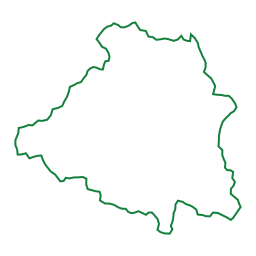 outline of Recreio, Minas Gerais, Brazil
{"feature_id": "56859067B1728597863247", "entity_name": "Recreio", "entity_type": "district", "adm_level": 2, "iso_a3": "BRA", "parent_name": "Brazil", "parent_adm1": "Minas Gerais", "projection": "natural_earth1", "projection_center": [-42.438, -21.518], "detail": "fine", "context": "isolated", "style": "outline", "palette": "green", "viewbox_px": 256, "rotation_deg": 0, "n_neighbors": 0, "source": "geoboundaries", "source_scale": "gbopen_adm2", "svg_char_len": 2299}
<svg xmlns="http://www.w3.org/2000/svg" viewBox="0 0 256 256"><path d="M124.3,27.4L120.8,27.2L118.1,25.0L113.8,23.3L111.0,25.7L107.3,26.6L104.3,28.8L101.6,32.0L99.0,35.3L96.6,39.1L99.5,42.8L102.0,46.8L106.0,48.7L108.5,52.9L109.5,56.9L108.6,60.8L105.5,61.2L104.0,64.4L102.9,69.5L99.8,69.3L96.5,67.6L93.5,67.0L90.2,68.5L87.5,71.1L86.5,74.7L83.9,78.0L80.8,82.2L77.4,83.1L74.1,85.0L69.9,86.9L68.7,92.1L67.0,96.8L64.3,101.4L62.3,105.9L58.1,107.9L52.7,109.2L50.8,115.3L47.2,119.7L42.3,120.9L38.4,120.5L35.2,123.0L32.5,125.4L28.5,125.0L23.7,126.9L18.7,128.0L18.3,133.1L16.8,136.7L15.4,140.1L15.4,145.0L17.2,149.8L17.6,154.5L21.2,154.5L25.9,153.3L29.4,158.3L33.0,157.1L37.5,155.8L41.3,155.5L42.8,159.7L45.2,164.5L47.9,167.9L50.5,171.3L55.1,174.5L58.1,178.4L60.3,181.3L63.6,181.0L65.8,177.8L69.3,178.4L73.5,177.5L78.6,177.3L82.9,177.0L86.4,178.8L86.2,184.3L87.7,189.1L92.2,190.3L96.0,191.3L99.5,191.7L100.7,195.3L100.0,200.5L105.0,203.5L109.0,203.5L114.0,204.8L118.4,207.4L122.0,208.7L125.8,208.8L128.1,211.8L131.4,213.2L134.7,212.6L138.4,211.2L142.3,213.0L146.0,214.8L148.7,212.5L152.0,212.6L154.7,215.6L157.5,218.8L159.0,223.9L157.5,229.8L160.3,232.0L164.2,233.4L169.8,233.6L172.4,229.2L170.8,225.9L172.5,221.7L173.3,217.4L173.6,213.2L175.2,209.5L175.5,204.5L177.9,200.7L182.8,201.9L185.9,204.1L189.8,205.3L193.1,207.1L196.3,209.7L197.8,214.6L202.2,215.0L206.2,216.2L209.9,216.4L212.9,212.6L217.9,213.0L222.7,215.4L227.2,217.6L230.8,219.9L233.2,217.8L236.6,212.8L240.6,207.1L239.2,203.8L237.8,199.8L234.0,196.6L230.8,193.9L230.9,188.9L233.6,185.6L234.9,182.0L232.3,178.0L233.1,171.9L230.3,170.2L227.2,170.2L225.0,167.7L225.4,162.8L223.9,159.5L222.3,155.1L222.3,150.0L218.5,146.4L218.9,140.8L218.9,136.1L220.0,130.0L221.2,125.9L222.7,121.9L225.0,118.9L228.2,115.9L230.4,113.4L234.0,111.2L236.5,107.3L235.0,103.3L231.8,98.6L228.7,95.8L224.9,95.8L221.7,95.0L217.9,94.8L213.1,94.2L214.1,90.4L215.2,86.1L213.2,82.2L211.2,78.4L207.4,75.2L203.9,71.9L205.6,67.5L205.6,62.6L204.1,59.0L202.4,55.9L200.6,51.6L198.7,47.2L197.8,43.0L194.7,37.9L190.9,34.4L190.1,41.1L186.8,40.8L183.6,39.5L181.3,35.9L177.8,39.5L173.8,40.8L168.6,39.2L164.5,38.5L160.5,39.3L156.4,39.8L152.7,37.1L148.4,36.5L145.9,31.0L140.1,30.0L137.8,26.6L135.3,22.4L132.1,23.2L128.8,25.6L124.3,27.4Z" fill="none" stroke="#15803d" stroke-width="2"/></svg>